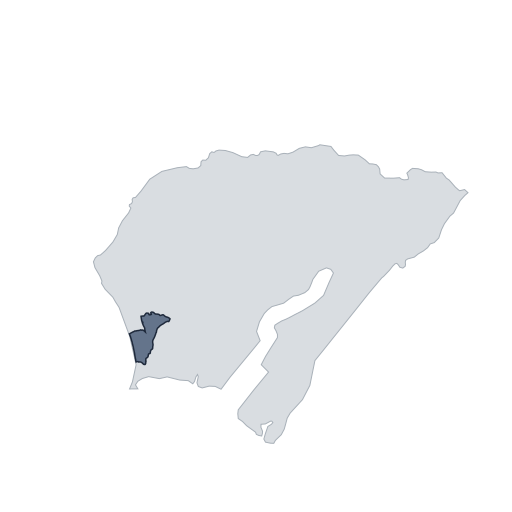 Tivaoune, Thiès, Senegal shown in context, rotated 309°
{"feature_id": "50182788B62483410284412", "entity_name": "Tivaoune", "entity_type": "district", "adm_level": 2, "iso_a3": "SEN", "parent_name": "Senegal", "parent_adm1": "Thiès", "projection": "albers", "projection_center": [-16.699, 15.086], "detail": "fine", "context": "in_parent", "style": "filled", "palette": "slate", "viewbox_px": 512, "rotation_deg": 309, "n_neighbors": 0, "source": "geoboundaries", "source_scale": "gbopen_adm2", "svg_char_len": 8079}
<svg xmlns="http://www.w3.org/2000/svg" viewBox="0 0 512 512"><g transform="rotate(309 256 256)"><path d="M382.6,235.6L388.3,245.3L387.2,250.0L386.1,256.9L389.4,261.8L393.1,265.0L395.8,267.9L398.8,272.0L399.4,280.2L399.0,286.1L401.0,288.8L402.7,292.1L402.4,294.9L401.4,297.4L397.9,300.8L397.5,307.0L403.4,314.3L407.2,318.3L407.2,320.6L408.3,323.1L411.1,326.0L412.7,325.3L414.5,322.8L415.3,321.1L420.3,321.7L422.6,322.5L425.9,327.2L427.2,330.4L428.0,334.5L431.5,339.5L434.5,343.0L435.1,345.2L437.8,348.2L436.3,354.9L436.6,358.3L435.0,367.4L434.8,371.6L434.9,373.2L438.9,376.3L438.6,380.9L434.6,380.2L427.6,379.8L413.7,382.5L408.9,381.6L399.7,382.1L393.2,383.6L385.0,386.7L378.6,386.1L375.0,383.8L370.5,384.1L365.3,382.9L359.8,380.8L354.7,379.7L349.2,375.7L346.7,375.0L344.9,376.1L343.5,377.5L341.9,378.4L339.0,377.7L337.8,374.9L338.7,372.1L338.9,370.1L337.5,369.0L334.2,368.6L328.9,368.7L320.3,368.0L318.3,367.5L299.0,367.1L279.1,367.3L262.2,367.4L240.8,367.5L225.8,367.6L211.8,367.6L201.0,373.2L189.3,379.3L173.6,382.5L155.4,381.4L149.6,382.3L143.6,385.0L139.2,386.9L133.0,388.1L124.9,387.1L121.6,387.7L119.6,385.0L117.3,380.5L118.7,377.3L123.6,375.2L131.0,372.5L134.9,373.9L137.2,373.9L137.6,372.2L136.9,371.3L131.3,368.9L128.4,365.8L126.0,367.6L123.9,371.4L122.2,372.6L119.7,373.7L118.3,371.1L117.6,368.5L118.8,366.6L118.2,355.5L118.9,349.7L118.5,344.5L122.0,341.1L125.3,339.0L138.3,338.8L150.3,338.6L161.9,338.7L173.7,338.8L174.8,328.5L178.6,327.7L184.1,326.6L194.5,325.3L206.1,324.0L208.6,322.0L210.5,318.6L211.7,315.5L214.1,314.2L217.3,315.2L221.6,316.8L226.0,319.2L231.1,321.5L234.5,322.9L242.6,326.5L256.5,331.4L267.9,333.3L281.6,329.4L291.5,326.9L292.7,322.5L291.1,318.2L283.6,314.3L273.6,314.9L270.5,316.0L265.8,317.4L263.0,317.9L258.3,317.0L252.2,313.7L248.4,310.3L243.1,308.7L236.8,307.2L226.7,300.2L221.5,299.0L216.5,298.6L207.0,300.1L197.7,303.9L192.8,312.5L183.5,312.5L163.7,312.3L145.5,312.1L130.5,312.7L129.0,306.4L125.4,301.5L119.6,297.2L118.3,293.3L120.3,289.9L125.9,287.1L127.1,285.1L124.2,285.4L119.8,287.2L116.9,287.3L116.5,281.8L111.6,274.8L106.1,263.0L99.9,258.1L94.7,248.5L89.3,244.8L84.3,243.0L80.0,243.4L78.4,247.8L73.1,241.4L80.4,239.2L96.0,231.3L113.9,208.7L129.9,181.9L132.0,175.5L133.9,170.7L135.2,159.7L137.5,153.2L139.6,152.0L142.3,147.0L145.6,138.2L149.2,133.3L153.4,132.3L156.6,132.7L158.9,134.5L165.6,135.6L176.8,136.0L185.4,134.7L191.4,131.6L199.4,130.0L209.3,129.9L214.5,128.6L215.0,126.1L216.3,125.3L218.4,126.3L220.3,125.9L222.1,124.1L223.9,123.9L225.7,125.5L234.0,125.8L248.8,125.1L262.5,129.6L275.1,139.3L281.7,145.7L282.1,149.0L284.2,152.3L288.0,155.6L291.5,156.2L294.6,154.0L297.0,154.2L298.8,156.7L302.4,157.2L306.4,155.6L309.2,156.1L309.7,157.6L310.4,158.4L312.3,158.7L315.0,160.6L318.7,165.8L321.8,173.0L324.2,182.4L327.3,187.4L331.1,188.2L333.3,190.0L333.8,192.3L334.9,193.8L336.7,194.6L339.9,194.0L343.6,197.1L347.8,203.9L348.5,207.0L347.8,208.7L348.1,209.9L350.8,211.0L353.4,213.2L355.5,216.5L360.0,219.4L366.9,221.9L371.9,225.7L375.0,230.9L381.3,235.2L382.6,235.6Z" fill="#d9dde1" stroke="#a8b0b8" stroke-width="1"/><path d="M140.8,225.2L141.5,225.4L142.1,225.5L143.0,225.8L143.3,225.9L144.0,226.2L144.5,226.4L144.7,226.5L145.4,226.7L145.8,226.8L146.1,226.9L147.0,227.1L147.5,227.2L148.0,227.5L148.7,227.8L149.0,228.0L149.4,228.3L149.8,228.7L149.9,229.1L150.1,229.4L150.3,229.4L150.9,229.4L151.6,229.2L152.2,229.0L152.5,228.8L153.0,228.8L153.1,228.5L153.1,228.2L153.1,227.8L153.1,227.4L152.9,226.6L152.9,226.4L152.9,226.1L152.8,225.8L152.7,225.6L152.5,225.4L152.4,225.2L152.3,224.8L152.1,224.2L152.0,223.7L151.9,223.3L151.9,222.7L151.9,222.2L152.0,221.4L151.9,220.9L151.8,220.7L151.5,220.4L151.1,220.1L150.9,220.0L150.3,219.6L150.0,219.4L149.8,219.3L149.7,219.2L149.4,218.8L149.4,218.5L149.4,218.2L149.5,217.8L149.5,217.6L149.5,217.2L149.4,217.0L149.3,216.9L149.1,216.5L149.0,216.4L148.9,216.2L148.8,215.9L148.6,215.7L148.3,215.3L148.1,215.0L147.8,214.7L147.7,214.4L147.6,214.1L147.6,213.8L147.5,213.4L147.6,213.0L147.6,212.8L147.6,212.4L147.7,212.1L147.6,211.8L147.5,211.4L147.3,211.0L147.1,210.7L146.9,210.3L146.4,210.0L146.0,209.9L145.7,209.9L145.4,210.0L145.3,210.4L145.2,211.0L145.0,211.3L144.8,211.4L144.5,211.3L144.3,211.2L144.0,211.0L143.8,210.8L143.5,210.5L143.3,210.3L143.1,210.0L143.1,209.6L143.4,209.4L143.6,209.1L143.8,208.7L143.7,208.3L143.6,208.0L143.2,207.5L143.0,207.2L142.8,206.9L142.2,206.6L141.3,206.6L140.1,206.7L139.6,206.7L138.9,206.7L138.6,206.4L138.2,205.9L138.0,205.7L137.7,205.4L137.3,205.0L137.1,204.8L136.8,204.6L136.7,204.8L136.5,205.0L136.2,205.2L136.0,205.4L135.2,206.3L134.9,206.6L134.6,206.9L134.4,207.3L134.2,207.5L133.9,207.7L133.8,208.0L133.6,208.2L133.4,208.5L133.2,208.8L133.0,209.1L133.3,209.5L133.2,209.6L133.2,209.8L133.0,210.0L132.6,210.2L132.3,210.1L132.2,210.3L131.9,210.8L131.5,211.5L131.1,212.2L130.7,213.1L130.4,213.8L130.2,214.4L129.9,214.8L129.5,215.3L129.2,215.6L128.8,215.9L128.5,216.2L128.3,216.6L128.1,216.9L127.6,217.4L127.3,217.8L127.4,216.4L127.4,215.9L127.4,215.4L127.3,214.8L127.1,214.4L126.6,214.1L126.4,213.9L126.4,213.7L126.1,212.9L125.8,212.8L125.1,212.4L124.6,211.9L124.3,211.7L124.1,211.6L123.1,210.5L122.8,210.3L122.4,210.1L122.1,209.9L121.9,209.6L121.7,209.2L121.3,208.9L120.6,208.7L119.9,208.4L119.7,208.2L118.7,207.8L117.8,207.4L116.8,207.0L115.8,206.6L115.5,207.2L115.1,207.7L114.9,208.1L114.7,208.4L114.6,208.7L114.4,209.1L114.0,209.6L113.8,209.9L113.6,210.2L113.3,210.6L113.1,210.9L113.0,211.2L112.7,211.6L112.3,212.1L112.0,212.5L111.8,212.8L111.6,213.1L111.4,213.5L111.1,213.9L110.8,214.2L110.6,214.5L110.3,214.8L110.2,215.0L109.8,215.5L109.6,215.8L109.4,216.1L109.0,216.6L108.9,216.7L108.7,217.0L108.5,217.3L108.3,217.5L108.2,217.7L108.1,217.9L108.0,218.0L107.8,218.2L107.5,218.5L107.3,218.7L107.1,219.0L106.7,219.5L106.3,220.0L106.1,220.2L105.8,220.6L105.5,220.9L105.2,221.3L105.0,221.6L104.7,221.9L104.6,222.1L104.4,222.3L104.2,222.6L104.0,222.8L103.9,222.9L103.8,223.0L103.7,223.1L103.5,223.4L103.4,223.5L103.2,223.6L103.0,223.8L102.9,223.9L102.8,224.0L102.7,224.2L102.6,224.3L102.4,224.5L102.2,224.7L102.1,224.8L102.0,225.0L101.9,225.1L101.7,225.3L101.6,225.5L101.4,225.7L101.3,225.8L101.2,225.9L101.1,226.0L100.9,226.3L100.7,226.5L100.4,226.8L100.3,227.0L100.2,227.1L100.0,227.3L99.9,227.5L99.7,227.8L99.4,228.0L99.2,228.2L99.1,228.3L99.0,228.5L98.9,228.6L98.7,228.8L98.5,229.0L98.4,229.2L98.3,229.3L98.2,229.5L98.7,229.9L99.4,230.4L99.7,230.7L99.8,231.2L99.8,231.7L100.1,231.9L100.6,232.4L101.0,233.0L101.3,234.3L101.3,234.7L101.2,235.3L101.2,235.8L101.1,236.2L101.1,236.5L101.1,236.8L101.2,237.0L101.3,237.2L101.3,237.3L101.5,237.4L101.7,237.9L101.8,238.0L102.0,238.1L102.3,238.1L102.5,238.0L102.8,237.9L103.0,237.9L103.4,237.7L103.7,237.5L104.0,237.2L104.6,236.9L104.7,236.7L104.8,236.6L105.0,236.6L105.0,236.4L105.3,236.3L105.4,236.1L105.5,236.0L105.7,235.9L105.8,235.8L106.0,235.7L106.3,235.5L106.4,235.3L106.6,235.2L106.9,235.1L107.0,235.0L107.4,235.0L107.6,235.0L107.8,235.1L108.0,235.2L108.4,235.3L108.5,235.4L108.8,235.4L109.0,235.4L109.3,235.5L109.5,235.5L109.7,235.4L109.8,235.3L110.1,235.3L110.3,235.2L110.5,235.1L110.7,234.9L110.9,234.9L111.0,234.8L111.1,234.7L111.3,234.6L111.5,234.5L111.7,234.4L111.8,234.3L112.0,234.2L112.4,234.2L112.5,234.2L112.6,234.3L112.8,234.5L113.0,234.6L113.2,234.8L113.3,234.8L113.5,234.9L113.9,234.8L114.1,234.9L114.5,234.6L115.1,234.2L115.5,234.0L116.0,233.8L116.5,233.7L116.8,233.6L117.0,233.6L117.3,233.6L117.6,233.7L118.0,233.8L118.4,234.0L118.7,234.0L119.0,233.9L119.2,233.7L119.5,233.6L119.9,233.3L120.1,233.1L120.4,232.9L120.7,232.7L121.2,232.5L121.6,232.2L122.0,232.0L122.3,231.7L122.6,231.5L122.8,231.2L123.1,230.9L123.7,230.2L124.4,229.6L124.8,229.3L125.0,229.2L125.6,228.9L126.4,228.7L127.4,228.5L128.0,228.4L128.9,228.2L129.6,228.0L130.5,227.7L131.0,227.5L132.0,227.2L132.9,226.8L133.4,226.6L133.9,226.6L134.2,226.5L134.4,226.4L134.8,226.1L135.2,225.8L135.4,225.7L135.5,225.7L136.0,225.5L136.4,225.3L136.8,225.2L137.1,225.1L137.5,225.0L137.8,225.0L138.2,224.9L138.7,225.0L139.1,225.1L139.7,225.2L140.2,225.2L140.5,225.2L140.8,225.2Z" fill="#64748b" stroke="#1e293b" stroke-width="1.5"/></g></svg>